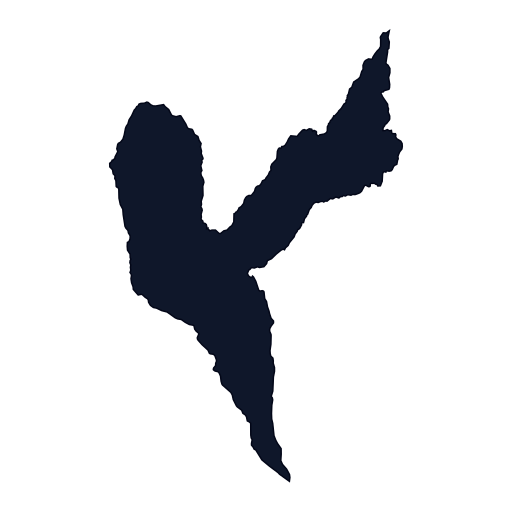 La Florida, Nariño, Colombia (Equal Earth projection)
{"feature_id": "7082276B51356117311945", "entity_name": "La Florida", "entity_type": "district", "adm_level": 2, "iso_a3": "COL", "parent_name": "Colombia", "parent_adm1": "Nariño", "projection": "equal_earth", "projection_center": [-77.375, 1.322], "detail": "fine", "context": "isolated", "style": "filled", "palette": "ink", "viewbox_px": 512, "rotation_deg": 0, "n_neighbors": 0, "source": "geoboundaries", "source_scale": "gbopen_adm2", "svg_char_len": 6083}
<svg xmlns="http://www.w3.org/2000/svg" viewBox="0 0 512 512"><path d="M289.4,481.3L289.9,477.5L289.5,474.5L286.6,469.1L282.5,464.4L280.8,460.6L281.2,454.1L281.1,448.6L277.5,443.5L275.8,440.3L274.0,435.7L272.7,423.3L271.7,419.1L271.5,413.5L271.8,405.2L272.7,399.9L272.3,397.8L271.6,397.0L271.3,396.1L272.8,391.1L273.4,377.0L274.5,371.3L274.5,367.6L273.2,363.1L273.3,360.9L272.9,358.1L270.8,356.1L270.2,353.6L270.0,350.6L270.9,344.3L271.1,335.7L271.0,334.4L269.8,331.6L269.6,330.1L269.8,328.6L271.1,326.1L273.5,322.9L273.5,321.0L271.1,318.3L269.5,313.5L269.0,311.1L267.5,306.9L266.5,301.5L264.7,298.6L264.0,291.9L263.5,291.1L262.2,290.7L259.9,291.1L258.7,290.1L255.8,281.3L253.5,277.0L252.5,276.1L251.9,277.2L251.0,277.6L248.6,276.0L247.5,273.8L247.5,273.1L248.8,270.0L249.9,269.4L251.5,267.6L254.4,268.0L257.5,266.8L259.5,267.5L263.9,266.7L266.6,263.6L267.2,261.1L267.7,260.5L271.5,258.7L276.2,254.1L281.0,250.2L283.1,249.1L284.5,249.8L285.5,247.8L288.1,245.5L289.4,242.7L294.1,236.9L295.1,234.0L297.1,231.4L297.7,229.7L298.8,229.2L299.8,228.2L301.6,224.8L301.5,223.2L302.8,222.5L303.5,222.6L304.5,218.7L306.5,216.2L306.8,214.9L307.6,214.3L309.3,209.6L311.2,207.5L312.1,205.3L313.9,203.2L316.0,202.1L318.2,202.5L320.4,201.6L322.5,201.3L323.7,202.0L325.7,200.9L327.0,201.2L330.3,198.5L332.8,198.9L335.9,197.0L338.9,198.0L340.4,196.7L342.3,196.5L343.2,195.5L345.4,196.0L347.7,194.7L351.0,195.2L352.7,194.4L355.0,194.6L357.9,193.6L359.8,192.8L361.5,191.3L364.5,185.6L365.8,185.2L368.5,186.7L369.6,186.6L370.2,186.1L370.3,183.9L370.7,183.4L374.7,183.3L375.4,184.1L377.1,184.5L377.8,186.0L380.4,185.8L382.2,181.2L382.6,173.7L383.4,172.0L384.0,171.7L385.9,172.1L386.3,170.8L389.3,171.2L391.1,170.8L392.2,169.6L393.6,166.4L394.9,165.2L396.8,164.3L397.6,160.1L398.2,158.9L397.9,156.5L398.5,154.6L399.7,151.8L401.9,149.0L402.3,146.4L402.1,143.5L400.8,141.2L396.7,138.7L395.6,136.9L395.9,134.9L395.4,133.7L392.5,133.6L391.8,133.1L391.4,130.4L389.5,130.8L387.3,129.6L384.9,130.7L382.9,130.6L383.1,127.7L384.7,125.6L385.2,124.2L386.4,123.7L389.3,120.0L389.7,119.0L389.7,116.0L388.1,111.9L388.5,108.8L387.8,106.9L387.6,104.2L382.6,96.8L380.8,93.1L381.4,92.2L383.4,91.8L384.1,90.7L388.9,89.3L389.5,87.8L389.7,84.4L388.6,77.5L389.9,72.8L389.9,68.5L388.0,65.2L386.3,64.0L385.9,62.9L387.6,52.0L387.6,49.6L388.9,48.3L389.3,41.9L388.3,39.1L388.0,37.1L389.3,30.7L386.3,33.0L383.2,32.8L380.6,36.6L380.3,37.6L380.7,39.6L380.6,46.5L379.0,49.3L377.5,50.6L375.0,53.8L373.1,56.8L372.2,59.0L371.3,59.3L368.5,58.9L365.5,60.5L364.4,61.8L363.0,65.3L363.1,69.3L361.7,71.5L360.1,77.0L358.5,78.8L353.7,82.0L351.8,87.3L349.6,89.0L348.4,94.1L347.3,95.6L347.4,96.9L347.0,97.9L347.2,99.1L346.0,100.3L346.1,101.8L345.7,103.0L344.1,103.9L341.3,108.4L338.6,111.1L338.2,112.1L334.8,115.8L333.7,115.9L333.1,117.8L332.4,118.2L331.8,119.7L330.6,120.4L329.6,122.8L328.6,123.6L328.4,124.9L327.4,126.7L327.3,130.8L326.6,132.5L324.3,134.0L319.8,134.8L318.8,135.8L317.9,135.8L316.3,134.4L316.5,132.0L316.0,131.3L314.0,130.4L312.6,131.3L311.7,129.2L309.2,128.8L306.4,130.4L304.2,129.6L302.6,130.1L298.8,134.1L297.2,136.4L290.8,135.8L288.6,138.9L287.2,142.0L285.1,145.3L283.2,146.5L281.8,146.5L280.8,148.4L279.3,148.0L278.3,149.1L277.4,151.3L276.9,158.1L276.3,159.6L271.8,164.2L270.8,166.9L271.0,170.4L269.5,172.0L268.3,175.0L265.9,178.1L265.2,179.6L262.5,180.8L261.2,183.6L259.5,185.7L257.5,186.1L256.1,187.2L255.3,188.5L254.5,191.4L251.3,195.5L248.8,195.5L246.8,196.5L245.7,197.7L244.4,200.1L243.7,203.4L241.2,206.6L239.0,207.9L238.5,209.4L236.8,211.9L236.1,212.0L234.7,213.7L234.0,213.8L233.8,221.9L231.8,225.7L229.9,227.0L227.0,230.1L223.9,230.8L220.4,233.6L219.0,233.4L215.5,230.1L211.9,230.1L209.7,230.8L208.9,229.7L208.2,229.4L208.0,228.0L206.6,228.7L206.8,226.9L206.3,224.6L205.3,223.6L202.9,222.8L202.9,221.2L201.6,220.0L201.0,218.5L201.4,217.2L201.1,214.3L202.2,210.3L201.9,208.7L200.8,206.9L201.5,204.3L201.2,201.3L203.0,195.5L202.8,186.2L203.9,182.3L203.5,180.1L202.6,177.8L201.5,176.1L200.9,174.0L201.0,171.9L201.9,170.6L200.9,166.4L200.9,165.3L202.1,162.2L201.7,160.2L202.9,159.0L203.0,158.2L201.2,153.5L201.5,151.1L200.4,146.7L201.1,143.5L199.1,140.4L197.9,136.5L194.5,134.4L192.7,130.2L191.9,129.3L188.6,128.7L187.4,127.7L185.8,124.0L180.8,115.9L179.9,115.7L176.1,116.7L172.4,115.7L171.5,115.0L168.7,109.5L165.1,106.6L163.6,104.6L155.7,106.0L153.1,105.9L150.8,104.8L148.2,102.5L146.8,102.1L144.4,103.2L140.8,103.4L139.0,104.1L138.2,105.9L136.8,106.6L135.6,108.7L134.3,110.0L131.6,115.9L129.1,119.8L127.9,124.0L126.3,126.3L125.5,128.3L124.2,135.1L122.9,139.2L120.5,142.2L118.4,143.3L117.7,144.4L116.8,148.8L117.8,151.6L115.1,156.8L114.7,158.9L113.4,159.5L113.0,160.3L112.2,160.2L111.5,161.8L109.7,163.3L109.8,166.9L112.5,169.7L113.2,173.8L115.0,175.7L114.8,178.6L115.9,180.5L116.2,186.4L116.6,187.0L117.8,187.3L118.8,189.2L119.0,198.2L120.3,204.5L122.8,209.2L123.2,214.7L125.0,226.3L125.9,228.1L128.0,230.5L128.4,232.9L129.9,235.3L130.2,236.5L130.0,239.0L129.2,241.0L128.8,241.7L127.4,242.4L127.2,246.2L127.5,250.1L130.1,254.2L130.2,257.8L130.9,259.1L130.1,260.7L129.9,262.7L130.8,265.0L130.4,267.3L130.8,270.1L130.0,272.5L131.1,274.0L131.5,275.6L131.0,278.7L131.6,282.8L133.1,286.8L133.3,289.4L138.2,295.0L141.2,294.3L142.3,294.6L145.2,297.3L147.7,298.9L148.3,300.1L148.6,302.3L149.8,304.3L150.5,305.4L153.4,307.5L156.5,308.1L161.7,310.6L167.1,312.0L175.2,317.8L177.7,318.9L181.3,319.5L185.2,322.3L189.3,324.5L193.1,325.2L194.0,325.8L194.7,329.1L196.3,331.3L198.8,333.4L198.8,334.0L197.3,337.6L197.4,338.9L198.1,340.2L202.1,344.7L208.0,350.1L209.4,353.3L210.3,353.8L213.5,354.3L214.9,355.7L216.4,359.8L216.5,361.2L215.7,363.2L215.6,365.6L213.7,367.9L213.3,369.2L213.5,369.9L215.0,371.0L217.9,371.7L218.9,372.5L220.5,376.0L221.1,381.2L221.9,384.0L222.5,385.0L230.9,392.4L232.3,395.0L233.3,399.6L236.4,405.8L237.3,406.9L241.7,410.2L242.9,413.3L245.4,415.0L246.5,416.9L247.3,420.9L249.3,421.9L250.7,423.2L250.8,435.1L251.2,437.9L252.2,439.7L251.5,443.3L251.5,445.1L253.2,447.2L254.1,449.1L255.8,450.0L261.9,459.9L269.4,466.1L278.2,472.7L279.5,474.2L289.4,481.3Z" fill="#0f172a" stroke="#020617" stroke-width="1.5"/></svg>